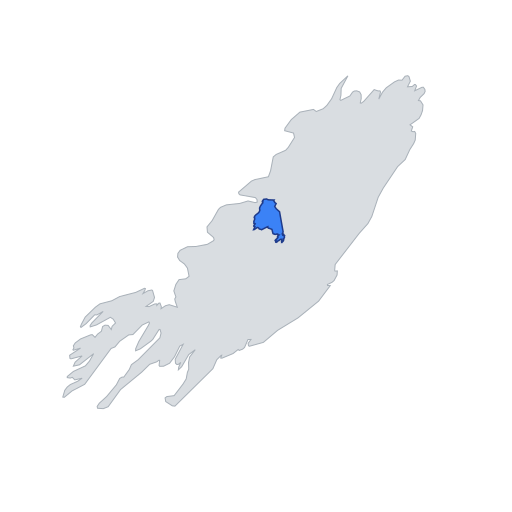 Eyjafjarðarsveit, Norðurland eystra, Iceland shown in context, rotated 317°
{"feature_id": "244011B64056494481770", "entity_name": "Eyjafjarðarsveit", "entity_type": "district", "adm_level": 2, "iso_a3": "ISL", "parent_name": "Iceland", "parent_adm1": "Norðurland eystra", "projection": "equal_earth", "projection_center": [-18.286, 65.228], "detail": "medium", "context": "in_parent", "style": "filled", "palette": "blue", "viewbox_px": 512, "rotation_deg": 317, "n_neighbors": 0, "source": "geoboundaries", "source_scale": "gbopen_adm2", "svg_char_len": 5464}
<svg xmlns="http://www.w3.org/2000/svg" viewBox="0 0 512 512"><g transform="rotate(317 256 256)"><path d="M405.5,194.1L410.5,194.2L418.5,192.6L430.0,187.9L434.9,186.9L446.1,186.9L432.6,191.5L427.7,196.4L424.0,198.9L424.1,200.0L433.8,203.0L438.4,202.0L440.4,202.4L442.3,203.9L443.7,206.7L442.9,209.7L440.2,212.7L436.6,215.2L437.1,216.0L440.2,216.4L455.9,214.9L457.9,218.6L459.3,219.8L458.9,221.0L452.8,225.0L460.1,222.5L466.0,221.8L476.0,223.1L480.2,224.5L482.7,227.0L487.7,226.2L490.0,227.7L490.2,229.2L488.1,233.4L482.2,235.6L485.9,238.6L489.0,238.7L489.5,239.4L489.3,241.2L484.8,243.4L492.4,245.8L493.5,246.7L493.1,249.4L491.9,251.0L489.6,251.9L484.2,252.0L480.8,253.1L482.1,254.7L481.2,259.4L477.0,263.2L473.0,265.3L469.1,266.6L458.1,265.1L458.7,268.4L454.8,270.5L455.6,272.2L457.0,273.1L456.4,275.3L451.5,279.8L448.0,281.3L441.0,283.1L430.9,287.2L420.6,287.2L395.4,293.1L385.4,296.4L367.6,306.1L360.0,308.6L347.1,309.8L308.1,316.2L303.8,320.1L303.5,320.9L305.3,322.4L302.3,325.2L296.4,327.2L293.7,327.1L288.8,325.5L288.2,326.3L290.1,328.3L271.0,331.7L244.5,329.9L221.1,325.1L202.5,324.2L189.6,317.5L189.3,316.5L190.7,314.5L195.4,313.6L193.2,311.6L185.2,315.1L182.7,315.0L179.3,313.6L179.2,312.2L172.7,311.7L161.4,307.5L160.6,306.5L163.3,305.2L162.8,304.9L156.6,305.1L147.6,309.0L94.3,310.5L92.6,308.5L90.7,300.9L92.7,297.8L94.9,298.0L100.9,302.3L115.2,299.9L121.1,298.3L126.5,294.3L129.6,292.9L134.1,287.8L138.6,284.6L147.7,283.1L139.6,282.2L126.1,286.3L121.6,286.3L123.8,284.5L128.4,282.5L125.3,282.3L124.1,281.4L124.0,279.5L126.5,276.4L142.5,270.9L138.8,269.9L127.7,274.1L119.7,275.5L113.3,273.6L110.3,271.0L110.5,269.9L114.4,266.6L113.8,266.0L111.2,265.7L104.4,262.7L93.3,263.0L65.9,261.3L45.1,265.4L40.2,263.5L36.3,259.3L37.2,257.7L40.9,256.8L51.0,256.9L66.0,255.0L72.8,252.6L75.4,253.2L76.7,254.4L85.9,252.6L90.8,250.5L99.0,251.5L129.9,250.3L134.0,247.6L135.7,244.3L135.1,243.6L123.6,246.6L121.0,246.6L108.0,245.0L103.3,243.2L104.9,241.7L112.0,238.6L129.9,233.4L132.4,232.4L132.7,231.1L125.7,228.9L112.4,229.5L109.1,226.9L98.2,225.4L90.8,226.3L87.0,224.8L43.2,233.0L29.4,229.2L19.4,228.6L18.5,227.4L24.6,223.8L28.6,223.1L32.6,223.4L40.2,226.0L45.5,226.8L39.0,223.0L38.9,219.5L36.9,218.6L35.0,216.2L35.8,215.4L43.8,215.9L56.3,220.0L62.5,219.3L70.7,216.7L52.7,215.2L47.3,212.0L51.3,210.3L60.7,210.5L50.5,205.0L50.1,204.0L52.0,201.5L64.9,203.7L58.2,200.4L58.1,199.7L60.1,199.1L61.2,197.1L64.5,196.3L71.1,197.0L81.1,200.8L82.6,201.8L82.8,205.7L86.8,205.1L91.6,205.6L95.7,203.0L98.4,203.6L100.5,205.9L100.0,211.1L102.8,209.3L107.6,209.2L108.5,204.9L107.7,201.5L92.3,197.6L86.4,194.8L87.1,193.8L90.2,193.0L106.4,192.3L99.5,190.6L97.9,189.0L85.6,189.6L79.3,188.9L79.3,188.0L81.8,186.8L89.4,184.2L103.6,183.9L109.3,184.6L120.0,190.4L128.7,192.7L143.2,200.6L152.5,203.6L152.9,204.4L151.3,205.3L147.7,206.4L153.2,207.7L156.6,209.8L156.8,210.7L153.5,217.1L149.9,219.1L141.2,217.9L143.2,220.0L149.4,222.1L150.8,223.4L149.8,224.5L152.8,224.2L153.7,224.9L152.2,228.5L150.6,229.8L155.8,230.6L159.3,232.4L163.5,239.8L166.0,234.1L167.3,232.0L169.5,231.3L172.1,225.5L178.1,222.1L183.6,220.8L189.1,224.8L193.2,225.2L197.6,218.1L198.2,213.0L197.1,207.3L197.9,203.3L200.7,200.8L204.4,200.1L212.2,202.5L218.6,208.1L228.4,214.3L235.2,215.8L236.4,215.6L237.6,213.6L236.7,205.5L240.0,201.3L248.1,200.2L260.3,196.3L263.2,196.2L269.2,198.4L280.0,206.5L287.7,210.3L291.7,216.3L293.6,217.4L295.2,215.5L295.4,212.9L286.0,200.4L285.9,198.8L286.8,197.4L303.7,198.1L307.4,199.4L319.1,206.5L324.8,203.6L336.2,195.3L340.1,195.5L349.8,198.9L353.6,198.6L365.0,195.6L367.3,191.7L362.4,183.9L364.4,182.3L374.8,180.3L386.2,180.7L398.0,188.0L398.6,191.4L405.5,194.1Z" fill="#d9dde1" stroke="#a8b0b8" stroke-width="1"/><path d="M280.0,259.7L281.3,260.1L282.2,259.9L282.4,260.0L282.9,260.1L283.1,260.3L284.5,260.4L285.8,260.8L285.8,261.2L286.1,261.6L286.0,262.0L284.7,262.6L284.7,263.0L284.4,263.3L284.6,263.5L284.1,263.7L284.2,263.8L284.8,263.6L285.4,263.7L286.6,263.5L287.8,262.6L287.8,262.1L288.5,262.2L289.5,261.8L289.7,261.3L290.0,261.2L290.2,260.8L290.5,260.7L290.4,260.6L290.4,260.3L290.5,260.2L290.4,260.0L290.6,259.9L290.4,259.7L290.5,259.7L290.5,259.4L290.7,259.2L290.3,259.0L290.5,258.9L290.4,258.7L290.6,258.5L290.1,258.3L290.2,257.7L290.9,257.4L291.3,257.4L291.9,257.1L292.1,256.8L292.4,256.7L303.4,239.7L303.0,235.2L303.5,232.5L306.5,231.4L306.2,229.5L306.5,229.0L306.6,227.6L307.4,227.4L303.7,223.7L303.0,222.7L302.7,221.6L300.3,219.8L298.6,220.1L297.3,220.5L297.6,220.5L298.0,220.8L297.5,221.0L297.5,221.4L297.2,221.8L295.9,221.9L293.3,222.5L291.4,223.3L290.6,224.2L290.1,225.1L288.5,225.9L287.1,226.1L283.7,225.8L282.0,226.0L281.4,226.4L281.4,226.6L280.9,226.7L280.8,227.4L280.4,227.8L280.4,228.0L280.2,228.2L278.0,229.2L277.7,229.7L276.7,230.6L276.7,230.9L277.4,231.7L277.4,231.9L275.6,232.2L274.8,232.5L274.7,232.7L274.7,232.9L275.2,233.4L275.3,233.7L274.4,234.2L272.2,235.1L272.8,235.5L275.7,235.9L276.6,236.2L276.9,236.8L277.0,237.7L276.8,238.4L277.9,240.2L278.0,240.6L283.6,242.2L284.6,242.6L284.0,243.1L284.1,243.3L284.1,244.2L284.5,244.7L285.8,247.4L283.7,251.2L283.9,251.9L284.1,252.0L284.4,252.3L284.4,252.8L284.7,253.3L286.1,254.0L286.2,254.4L286.2,254.5L286.8,254.7L286.6,255.0L286.4,255.3L286.6,255.5L287.2,256.3L286.5,256.3L286.1,256.5L285.1,256.4L284.5,256.8L284.5,257.0L284.6,257.4L283.5,257.7L282.5,257.5L280.7,257.6L280.7,258.0L280.5,258.3L280.9,258.5L280.3,258.8L280.3,259.2L279.9,259.4L280.0,259.7Z" fill="#3b82f6" stroke="#1e3a8a" stroke-width="1.5"/></g></svg>